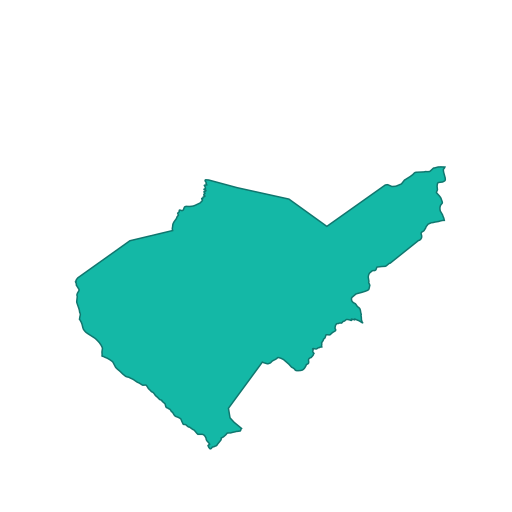 outline of Yorito, Yoro, Honduras, rotated 306°
{"feature_id": "27666195B19722524554409", "entity_name": "Yorito", "entity_type": "district", "adm_level": 2, "iso_a3": "HND", "parent_name": "Honduras", "parent_adm1": "Yoro", "projection": "equal_earth", "projection_center": [-87.306, 15.078], "detail": "fine", "context": "isolated", "style": "filled", "palette": "teal", "viewbox_px": 512, "rotation_deg": 306, "n_neighbors": 0, "source": "geoboundaries", "source_scale": "gbopen_adm2", "svg_char_len": 5998}
<svg xmlns="http://www.w3.org/2000/svg" viewBox="0 0 512 512"><g transform="rotate(306 256 256)"><path d="M439.0,356.5L436.9,353.4L435.4,351.4L434.7,350.7L432.3,348.8L431.7,348.1L431.4,347.9L430.4,347.7L426.9,347.0L426.2,346.6L424.9,345.0L423.8,343.3L423.2,342.9L422.8,342.5L418.0,336.5L417.2,335.7L416.2,335.3L414.0,335.0L410.8,334.0L404.7,331.5L399.8,331.3L394.9,328.3L394.0,327.4L392.1,325.1L391.1,320.6L390.1,319.5L389.3,318.8L321.6,295.9L321.4,249.2L300.2,200.6L289.7,173.1L288.3,170.8L287.9,170.4L287.4,170.3L287.0,170.6L286.6,171.2L286.2,172.5L285.8,172.9L285.3,173.0L285.0,173.7L284.6,174.3L283.1,172.8L282.8,172.7L282.6,172.8L282.4,173.6L281.9,174.4L281.0,175.4L280.7,175.4L279.6,174.7L279.4,174.7L279.2,175.1L279.7,176.8L279.4,177.1L278.7,177.1L277.5,176.2L276.7,177.0L276.7,177.4L276.8,177.7L276.7,177.9L275.5,177.7L275.0,177.7L274.6,178.0L274.5,179.4L274.4,179.5L273.9,179.5L272.7,178.6L272.1,178.7L271.6,179.0L271.4,179.0L270.7,178.3L270.4,178.4L270.2,178.7L270.0,179.5L269.8,179.8L268.9,180.0L266.0,179.6L261.1,176.9L259.6,175.9L258.4,174.7L256.9,173.0L255.1,170.3L254.6,169.9L254.0,169.5L253.3,169.4L251.0,170.0L250.4,170.1L249.9,169.9L249.2,169.5L248.5,167.6L248.3,167.2L248.1,167.1L247.4,167.3L246.7,167.9L244.6,167.5L243.4,169.2L241.3,169.1L239.5,169.6L235.5,169.6L233.5,169.9L232.2,170.4L230.5,171.4L229.2,172.0L228.3,172.8L227.6,173.6L194.2,145.0L133.7,124.7L131.6,124.6L130.3,124.8L129.5,125.5L129.0,125.2L127.8,127.2L126.9,127.6L125.1,132.0L124.6,132.9L124.0,133.1L121.0,133.4L119.6,133.8L118.9,134.3L118.2,135.2L113.8,137.7L113.1,138.3L112.3,139.4L109.3,143.7L108.0,145.3L106.9,146.3L106.3,147.3L105.7,148.0L105.1,148.5L103.4,149.2L101.0,150.4L100.7,151.5L99.6,153.7L98.5,155.4L96.2,158.1L95.2,159.6L94.5,162.1L94.3,163.4L94.3,165.3L94.8,173.9L94.7,175.2L94.4,177.3L93.8,180.3L92.9,182.8L91.9,184.9L91.1,186.0L87.8,187.8L85.6,189.6L84.7,190.1L84.5,190.4L84.6,190.7L85.0,191.5L85.3,193.4L85.9,195.8L86.2,198.8L86.2,201.7L86.0,202.7L83.5,207.7L83.3,208.4L83.0,210.4L82.8,213.5L82.2,217.6L82.0,221.3L82.5,223.0L83.1,224.2L83.5,226.7L83.8,228.2L84.0,229.5L84.1,234.0L84.6,236.3L84.8,240.0L85.2,240.7L86.7,242.5L86.9,243.2L86.5,244.5L85.6,246.6L85.3,248.0L85.2,249.3L84.9,250.6L84.8,251.3L85.1,252.6L85.0,253.6L84.8,254.5L84.2,256.0L83.9,257.4L83.8,259.3L83.3,262.1L83.3,262.6L83.7,264.0L83.8,264.8L83.7,265.0L83.4,265.2L83.3,265.5L83.0,269.0L82.6,269.8L81.4,271.2L81.0,271.8L80.8,272.3L80.8,272.9L81.1,273.9L81.1,275.1L81.4,276.5L81.0,277.8L80.4,279.0L80.5,280.1L80.3,280.8L79.2,283.4L79.0,284.4L79.0,285.2L79.7,287.7L80.0,289.6L80.0,290.8L79.7,291.5L78.9,292.7L77.4,295.4L77.1,296.1L77.4,296.9L78.0,297.6L78.2,298.3L78.2,299.1L78.0,300.5L78.0,301.5L78.0,301.9L78.4,302.5L78.5,303.1L78.5,306.8L78.8,307.7L78.5,309.6L77.8,312.3L77.6,313.8L77.8,314.1L80.2,317.4L80.5,318.4L80.5,319.5L80.2,320.7L79.6,322.0L79.2,322.7L78.3,323.6L77.7,324.7L77.0,327.7L76.6,329.0L76.4,329.2L76.1,329.3L75.6,328.8L75.2,328.7L74.7,328.6L74.4,328.6L73.5,330.2L73.0,331.8L73.1,332.3L73.4,332.7L74.1,332.9L75.7,333.0L76.3,333.4L76.8,334.0L78.0,334.6L78.9,335.3L79.9,335.6L81.2,335.5L86.3,335.8L87.4,335.5L88.3,334.9L90.1,335.8L91.0,336.1L93.8,336.7L95.7,336.8L96.4,337.4L97.9,339.4L99.9,341.0L101.4,342.4L102.5,343.2L103.2,344.1L104.2,345.1L105.2,346.1L105.7,346.1L107.2,345.6L108.0,345.7L108.6,336.0L109.8,330.1L116.6,323.2L173.9,323.5L174.1,324.6L175.3,328.1L175.7,328.9L176.3,329.4L178.0,330.5L180.6,330.9L182.1,331.6L184.0,332.6L185.4,333.1L186.4,333.2L186.8,333.5L187.2,334.2L187.9,336.1L188.4,339.2L187.8,346.1L187.0,349.9L187.0,350.4L187.2,351.6L187.2,353.0L187.2,353.7L186.8,354.5L186.8,355.4L187.1,356.2L187.9,357.4L189.6,359.4L190.9,360.5L192.2,361.0L193.8,361.2L196.1,361.0L197.8,360.6L199.4,361.4L200.1,361.5L201.2,361.0L202.8,359.5L204.0,359.2L205.2,359.5L206.1,360.2L206.5,360.3L208.3,360.5L209.7,360.5L210.1,360.4L210.7,360.0L211.3,360.1L211.8,358.4L212.0,358.1L212.3,357.9L213.8,357.3L214.0,356.5L214.2,356.4L214.8,356.7L215.8,358.8L216.4,359.6L218.5,360.4L219.1,361.1L219.8,361.3L221.1,362.7L222.2,361.6L222.9,361.3L223.7,360.8L224.1,360.2L224.3,360.1L227.0,360.0L228.3,359.6L228.9,359.6L229.7,359.9L230.4,359.9L233.1,359.1L233.5,359.1L233.9,359.5L235.2,361.6L235.8,362.2L239.1,362.9L242.2,364.2L242.7,364.1L243.2,363.8L243.5,363.4L243.8,362.5L244.2,362.2L246.6,361.1L248.5,361.0L249.0,361.3L249.5,362.1L250.7,362.8L251.5,363.8L252.1,364.7L254.1,364.9L255.4,365.8L256.4,366.1L257.4,366.3L258.0,366.7L258.6,367.7L259.3,369.2L259.6,370.4L260.0,371.1L260.3,371.2L260.5,371.1L260.7,370.8L260.7,370.4L260.9,370.3L261.0,370.3L261.9,372.0L262.2,373.2L262.4,373.3L262.6,373.0L262.8,372.9L263.0,372.9L263.1,373.1L264.2,377.6L264.4,380.8L264.5,381.4L264.6,381.5L264.8,381.4L265.0,380.6L266.4,378.8L268.5,377.1L269.5,376.0L270.6,375.5L271.7,374.1L273.4,372.4L274.2,371.3L274.5,370.7L274.7,369.6L274.7,367.7L275.3,366.1L275.8,364.5L275.5,362.0L275.7,360.8L275.9,360.1L276.4,359.4L277.1,358.7L277.7,358.3L278.3,358.0L279.1,358.0L284.0,359.2L285.0,359.9L288.8,363.0L291.8,365.2L293.9,366.5L295.1,366.9L296.2,366.6L299.2,365.3L299.9,364.3L300.6,362.9L301.9,362.2L305.0,359.1L307.2,358.1L309.0,357.9L312.5,358.8L313.2,359.5L314.0,360.6L314.8,361.0L315.4,361.1L317.2,360.6L318.0,360.4L318.3,360.5L321.3,363.8L323.6,366.6L324.4,367.1L327.9,368.0L328.3,368.1L328.8,368.6L329.2,368.8L363.9,378.3L364.9,379.0L366.1,379.4L367.7,379.3L368.8,378.9L370.1,377.8L371.0,376.5L372.0,376.0L372.8,376.1L374.8,376.9L375.4,377.0L378.3,376.8L379.7,376.4L382.9,376.5L386.0,378.3L387.0,379.5L388.6,380.8L391.2,383.4L392.8,384.6L394.4,386.0L395.5,387.4L397.0,385.7L398.0,384.0L399.0,382.6L400.6,378.9L401.1,378.2L401.9,377.4L403.0,376.5L404.5,375.8L405.6,375.5L408.2,375.6L408.7,375.4L409.3,374.8L411.3,371.9L411.8,371.0L412.4,369.0L413.1,365.7L413.3,364.9L413.6,364.5L416.2,363.9L419.0,361.4L421.1,360.3L422.0,360.2L422.5,360.3L422.9,360.6L425.6,363.5L427.7,364.5L428.5,364.5L429.3,364.1L430.5,363.0L434.1,358.5L435.7,357.0L436.2,356.7L438.4,356.7L439.0,356.5Z" fill="#14b8a6" stroke="#0f766e" stroke-width="1.5"/></g></svg>